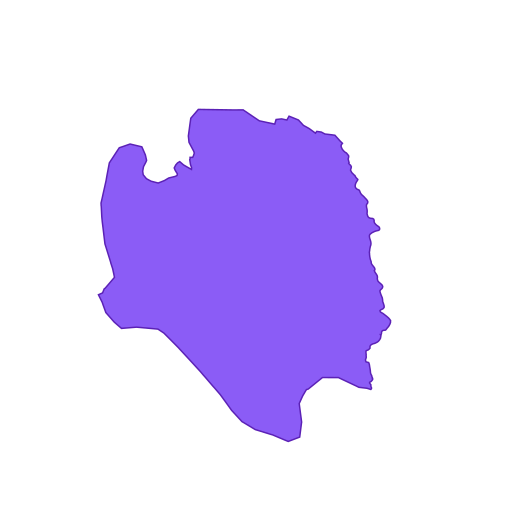 the district of Al Haymah Ad Dakhiliyah, Sana'a, Yemen, rotated 131°
{"feature_id": "15242507B54725687699919", "entity_name": "Al Haymah Ad Dakhiliyah", "entity_type": "district", "adm_level": 2, "iso_a3": "YEM", "parent_name": "Yemen", "parent_adm1": "Sana'a", "projection": "equal_earth", "projection_center": [43.819, 15.276], "detail": "fine", "context": "isolated", "style": "filled", "palette": "violet", "viewbox_px": 512, "rotation_deg": 131, "n_neighbors": 0, "source": "geoboundaries", "source_scale": "gbopen_adm2", "svg_char_len": 5274}
<svg xmlns="http://www.w3.org/2000/svg" viewBox="0 0 512 512"><g transform="rotate(131 256 256)"><path d="M281.4,81.8L280.6,81.8L279.9,82.1L279.6,82.5L279.4,83.1L278.8,84.0L277.8,84.8L277.4,86.9L276.8,87.4L276.3,87.2L275.2,86.8L273.8,86.8L272.7,86.9L272.0,87.9L271.8,87.8L271.0,89.4L270.3,90.3L269.9,91.5L269.3,92.6L268.4,93.6L267.6,94.4L266.4,95.8L265.5,96.9L264.6,98.0L263.8,98.9L263.1,99.9L262.5,101.1L263.1,102.3L263.7,103.4L263.2,104.5L262.3,105.4L261.2,105.8L260.0,106.4L259.1,107.4L258.2,108.1L257.1,109.3L256.3,110.1L255.3,110.7L254.3,110.3L253.3,109.7L253.2,109.7L252.1,109.5L250.7,109.5L250.4,109.8L249.9,110.4L248.8,110.9L247.8,110.9L247.6,110.9L246.4,110.5L245.4,110.0L244.4,109.3L243.3,108.7L242.2,108.3L242.0,108.2L241.2,107.9L240.0,107.7L238.9,107.7L237.8,107.8L236.4,108.1L235.4,108.7L234.4,109.3L234.1,109.5L233.9,110.0L233.8,109.7L233.3,110.0L232.1,110.5L230.9,111.4L229.9,111.6L228.8,111.3L227.9,110.5L226.9,109.6L225.8,109.6L224.5,109.7L223.4,109.7L222.8,109.7L222.2,109.7L221.1,109.9L220.7,110.0L220.0,110.1L218.9,110.5L217.9,110.9L216.7,111.9L216.4,112.1L216.0,113.9L215.8,115.3L215.8,116.6L215.8,118.0L215.9,119.6L216.0,121.4L216.1,122.7L216.4,124.1L216.6,125.4L216.0,126.6L215.7,126.6L214.9,126.5L213.8,126.1L212.8,125.6L211.6,125.5L210.5,125.7L209.5,126.7L208.6,128.1L207.9,129.3L207.2,130.6L206.3,131.4L205.5,132.3L204.7,133.3L204.0,134.7L203.4,135.9L202.6,137.4L201.9,138.5L201.1,139.6L200.0,139.8L198.9,139.7L197.8,139.6L196.8,139.8L195.8,140.4L195.2,141.7L195.1,143.2L195.1,144.7L195.1,146.2L194.9,147.6L194.4,148.5L193.3,149.8L192.2,150.5L191.3,151.7L190.9,152.9L190.8,153.0L190.5,154.3L190.1,155.7L189.9,156.2L189.8,156.3L189.5,157.1L188.4,157.2L187.4,158.3L187.0,159.6L186.9,160.1L186.7,161.2L186.4,162.8L185.9,164.2L185.5,164.6L184.8,165.3L184.1,166.5L183.4,167.7L182.5,168.9L182.4,169.0L181.6,170.0L181.0,170.6L180.7,171.0L179.8,171.8L178.8,172.9L177.8,173.5L177.6,173.6L176.6,174.3L176.1,174.7L175.5,175.0L174.5,175.6L173.5,176.1L172.5,176.5L171.4,177.2L170.4,178.2L169.6,179.2L168.8,180.5L168.1,181.7L167.1,183.0L165.9,184.0L164.8,184.2L163.8,184.0L162.6,183.8L161.6,183.4L160.6,183.0L159.3,182.4L158.3,181.8L157.2,181.0L156.1,180.2L155.0,180.1L154.1,180.7L153.4,181.8L153.4,183.2L153.6,184.7L153.6,186.4L153.3,188.2L152.6,189.4L151.7,190.1L151.0,191.2L151.1,192.5L151.8,193.5L152.5,194.5L153.0,196.0L152.8,197.5L152.0,198.8L151.2,200.0L150.2,200.7L149.2,201.5L148.3,202.4L147.5,203.4L146.8,204.4L145.8,205.5L144.9,206.2L143.8,206.4L142.7,206.5L141.7,207.2L141.1,208.4L140.9,209.4L140.8,209.9L140.7,211.3L140.5,212.9L140.4,214.4L140.4,215.7L140.3,217.1L139.9,218.5L139.3,219.7L138.6,221.1L138.9,222.5L139.3,223.8L139.2,225.3L138.7,226.5L137.7,227.4L136.7,228.0L135.4,228.5L134.2,228.8L133.2,228.9L132.0,229.1L131.4,229.4L131.3,231.2L131.1,232.4L130.4,234.1L130.5,234.2L130.4,235.8L130.3,237.2L130.2,238.5L129.7,239.7L129.2,241.0L128.2,241.5L127.2,241.9L126.1,242.6L125.5,244.0L125.5,245.4L125.2,246.9L124.3,247.1L124.0,247.7L123.1,249.0L122.5,249.9L122.1,250.2L120.3,251.1L119.5,252.0L118.9,255.4L119.2,256.4L119.2,258.8L118.8,261.0L117.7,263.4L116.4,264.5L115.3,264.6L114.3,264.7L114.2,264.7L114.1,266.9L114.0,268.3L113.1,275.7L115.0,278.6L116.9,281.4L118.7,284.0L119.6,288.0L122.1,291.9L124.3,291.7L124.9,299.3L126.3,305.9L125.5,313.2L128.5,322.0L128.8,322.8L133.1,321.9L135.7,326.6L139.8,330.4L144.2,328.4L151.8,342.2L154.1,361.0L154.1,361.5L160.7,369.0L165.0,374.1L181.1,393.2L183.2,395.7L194.8,395.6L199.9,392.3L205.2,388.8L206.9,387.7L209.8,385.8L214.2,381.1L216.0,376.4L217.8,371.7L218.8,370.1L221.1,369.1L223.1,368.5L224.8,370.5L225.9,369.5L226.7,369.3L230.0,365.4L231.5,362.7L232.3,362.0L233.0,361.5L233.9,365.8L234.8,370.5L234.8,375.5L235.7,375.8L237.2,376.3L239.9,376.3L243.2,375.5L244.4,373.1L245.6,369.2L247.1,368.4L248.9,369.2L249.8,369.8L254.3,373.0L255.7,373.5L257.9,374.2L259.1,374.6L262.6,376.4L265.1,377.7L268.4,384.3L269.4,388.8L269.5,389.6L268.7,394.4L266.3,397.2L265.4,397.7L262.4,399.5L257.4,400.7L256.2,401.1L255.6,401.3L252.3,405.8L249.8,411.0L248.5,413.8L254.0,424.3L254.1,424.5L260.6,428.2L263.3,429.8L264.0,430.2L269.4,429.5L277.3,428.4L278.2,428.3L281.9,427.8L293.2,421.2L298.0,418.3L298.6,418.0L304.5,414.8L308.6,412.6L313.9,409.7L317.7,407.7L319.6,405.9L320.1,405.3L327.5,398.2L331.1,394.4L334.6,390.5L338.5,386.2L344.2,379.9L346.0,377.9L348.2,374.3L350.8,370.1L356.0,361.7L356.6,360.9L359.6,355.9L363.2,351.1L364.6,349.3L365.0,348.8L379.3,348.7L379.9,348.9L380.2,349.0L380.4,349.0L384.5,347.6L388.6,349.5L391.9,341.6L393.3,339.2L397.2,332.2L398.1,325.6L398.9,319.7L398.9,319.3L398.9,316.9L398.9,310.0L397.3,308.5L388.1,299.5L383.4,293.0L382.8,292.2L376.2,283.0L375.5,282.0L374.6,275.0L375.1,267.8L376.1,254.3L376.3,252.8L377.6,240.9L378.2,235.4L379.7,222.3L380.2,218.9L380.3,218.4L380.8,214.6L382.5,203.2L382.8,200.6L384.1,191.9L386.8,180.2L387.4,177.7L388.5,173.1L390.2,157.9L390.0,156.9L388.8,150.2L387.5,142.7L385.8,138.9L380.7,127.3L380.2,126.4L376.1,113.8L374.8,110.0L367.7,106.2L364.0,104.2L351.9,112.3L351.5,112.5L339.0,126.6L330.9,129.0L327.1,129.7L325.6,130.0L324.9,130.1L323.7,130.3L323.6,130.2L322.2,129.3L304.1,126.1L296.1,116.8L293.7,114.1L292.9,111.2L288.9,97.0L288.3,94.9L288.0,93.7L287.6,92.2L283.1,85.6L283.0,85.4L281.4,81.8Z" fill="#8b5cf6" stroke="#5b21b6" stroke-width="1.5"/></g></svg>